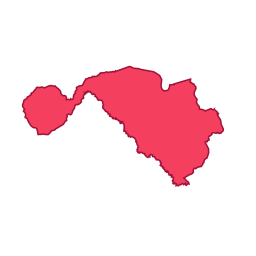 Chimichagua, Cesar, Colombia (orthographic projection), rotated 153°
{"feature_id": "7082276B32164017339198", "entity_name": "Chimichagua", "entity_type": "district", "adm_level": 2, "iso_a3": "COL", "parent_name": "Colombia", "parent_adm1": "Cesar", "projection": "orthographic", "projection_center": [-73.748, 9.238], "detail": "fine", "context": "isolated", "style": "filled", "palette": "rose", "viewbox_px": 256, "rotation_deg": 153, "n_neighbors": 0, "source": "geoboundaries", "source_scale": "gbopen_adm2", "svg_char_len": 5866}
<svg xmlns="http://www.w3.org/2000/svg" viewBox="0 0 256 256"><g transform="rotate(153 128 128)"><path d="M45.3,81.9L44.1,82.8L43.5,83.9L43.3,89.3L42.7,90.4L41.8,93.6L42.2,95.5L42.3,99.5L41.9,100.2L41.5,99.4L41.1,99.6L41.5,100.3L41.2,100.3L41.4,100.6L41.1,101.1L41.2,101.8L41.7,102.7L42.0,104.0L43.2,105.4L43.0,105.6L43.4,105.5L44.5,106.0L45.0,107.3L46.2,107.8L48.6,107.8L49.9,108.1L51.3,107.9L52.3,109.6L54.2,111.4L55.7,112.2L54.8,114.9L55.7,118.7L55.3,118.9L55.1,120.3L53.4,122.2L54.0,125.1L53.8,128.1L52.4,130.1L49.6,132.2L48.9,134.0L49.4,135.5L49.4,137.4L50.5,137.9L50.7,139.7L51.3,139.9L51.9,140.6L51.3,141.8L50.5,142.2L50.0,143.2L66.7,146.3L66.9,146.0L67.1,146.2L67.6,146.0L67.7,146.4L69.3,146.6L70.8,147.5L71.2,147.5L72.9,145.2L74.9,143.7L76.3,143.7L78.6,144.6L79.4,145.3L80.0,147.1L80.0,148.4L79.4,150.7L76.0,155.8L76.0,160.5L79.1,165.8L80.3,167.0L89.9,174.3L91.6,176.1L95.8,178.7L98.0,181.5L98.9,182.2L112.5,183.9L113.2,184.7L114.2,184.0L115.2,184.6L115.5,185.1L116.4,185.3L117.1,185.2L118.2,186.0L120.7,186.6L120.8,187.1L121.4,187.3L121.7,187.7L122.8,188.0L124.2,187.8L124.5,188.3L125.9,188.8L126.2,189.2L126.8,189.1L127.6,189.6L128.0,189.2L128.8,189.2L129.5,188.5L130.5,188.8L131.6,188.3L132.7,188.4L134.1,188.9L134.6,189.4L135.4,189.4L136.3,190.1L137.7,189.5L139.3,190.3L140.5,190.5L142.0,190.4L143.3,190.9L149.2,186.8L150.9,187.0L152.6,187.7L154.1,187.5L155.3,187.6L155.8,187.2L156.3,185.4L157.5,185.0L158.9,184.1L159.1,182.9L160.5,182.6L161.3,182.1L162.5,180.7L162.9,179.7L164.1,178.7L164.9,178.8L165.8,179.5L165.8,179.9L166.5,179.4L166.8,179.4L167.9,180.6L170.2,181.1L170.1,181.6L169.1,182.7L168.9,184.5L169.5,185.5L170.8,186.0L171.8,187.3L172.1,189.5L171.5,190.9L171.6,192.3L172.4,195.1L173.3,196.4L173.7,198.4L174.8,198.8L175.2,199.3L175.8,199.2L176.8,200.6L179.7,201.5L184.1,201.6L185.8,203.4L188.0,204.2L189.0,204.3L189.5,205.1L191.2,205.6L192.5,204.5L194.3,204.1L196.1,203.0L198.6,202.9L198.9,201.7L200.6,201.6L202.0,201.2L203.5,201.4L204.9,200.2L207.6,200.1L208.3,199.8L208.8,198.9L209.5,198.4L209.7,198.0L211.5,196.4L212.0,195.2L211.9,192.4L211.5,191.8L211.8,191.3L212.8,191.1L213.5,190.4L212.9,188.2L212.9,187.1L213.5,185.6L214.6,184.7L214.9,184.0L213.6,182.4L213.9,178.5L213.5,174.6L213.1,173.1L212.1,171.2L210.3,170.2L209.6,169.0L210.3,165.3L210.7,164.7L211.1,163.0L207.3,161.3L206.1,161.1L205.0,160.0L202.2,158.4L199.1,159.2L197.8,160.2L194.1,159.5L193.0,160.0L183.9,160.6L181.0,162.4L179.3,162.4L178.3,164.8L176.9,165.8L176.7,166.7L176.3,167.3L174.8,167.3L173.8,166.8L173.3,165.9L172.0,166.0L169.6,168.1L169.4,168.7L167.8,169.2L166.5,170.2L164.8,172.2L163.6,172.5L163.2,172.0L162.5,172.0L162.1,171.5L161.5,171.7L160.8,171.5L158.4,172.0L157.4,172.8L157.4,173.6L156.7,174.5L155.9,174.8L154.7,174.6L154.8,174.9L153.7,175.2L153.5,176.5L152.4,177.5L151.3,177.5L151.2,178.0L150.8,178.1L150.7,178.8L150.4,178.3L150.2,178.6L149.9,178.5L149.5,178.9L149.2,178.7L148.7,179.2L148.4,179.0L148.5,178.3L147.9,178.8L147.6,178.7L147.1,179.1L146.9,178.4L146.4,178.5L146.3,178.1L145.9,178.3L145.5,178.0L145.1,177.3L145.4,176.9L144.8,176.1L144.9,175.1L144.3,174.0L143.3,174.1L143.3,173.6L142.9,173.6L142.5,173.1L142.3,172.1L143.1,171.2L142.1,170.1L142.1,169.2L141.7,168.5L142.2,167.8L141.8,166.1L140.4,165.8L139.0,164.5L138.6,163.3L139.8,159.5L139.6,159.3L140.7,158.7L141.4,156.9L141.0,156.2L140.6,154.2L140.2,153.9L140.5,153.1L139.5,152.0L139.4,151.6L139.1,151.5L139.3,151.3L139.0,150.2L139.3,149.4L138.4,149.3L138.0,148.4L137.9,147.8L138.9,147.4L138.9,146.7L137.2,145.1L137.0,144.3L137.3,143.7L136.6,143.3L137.6,142.7L136.8,143.0L136.1,142.8L135.3,141.9L134.8,142.1L134.6,142.6L134.3,142.6L134.1,141.3L134.6,141.0L133.4,140.0L132.9,138.4L132.4,138.4L132.2,137.3L130.7,136.5L132.6,136.4L132.9,136.1L132.8,135.6L132.4,135.3L131.2,135.3L129.9,134.1L130.5,131.1L131.1,130.7L131.2,129.5L132.0,129.0L133.1,127.1L132.9,126.7L131.9,126.5L131.6,126.1L131.4,125.2L132.2,124.7L132.0,123.6L131.4,123.4L130.7,122.8L131.3,121.4L131.5,120.3L131.3,120.0L130.3,120.1L129.8,118.6L128.6,118.8L127.5,117.4L127.0,116.1L126.5,115.6L126.5,114.9L126.6,112.4L127.2,112.3L127.0,110.8L127.5,108.7L127.0,106.9L128.7,105.8L128.9,104.7L129.8,104.6L129.9,103.7L130.4,103.1L130.2,102.0L129.7,102.1L129.5,101.9L130.2,101.4L130.0,101.1L129.4,101.1L128.8,100.3L127.5,100.6L127.1,100.1L126.6,99.9L126.5,99.1L125.8,98.1L124.9,97.8L124.8,97.2L125.1,96.7L125.1,96.0L124.7,95.4L124.8,94.5L123.5,92.6L122.5,92.6L122.0,92.9L121.6,92.5L121.3,93.7L121.0,93.4L120.3,94.0L119.6,93.7L119.0,93.8L118.6,93.3L119.0,91.3L117.3,90.4L117.5,88.8L117.1,88.1L117.3,86.9L115.9,86.2L114.4,84.6L114.4,83.5L114.8,83.1L114.7,82.2L114.3,82.1L114.3,81.8L114.8,81.0L115.7,80.7L116.2,80.1L115.5,79.6L115.7,79.0L115.5,78.3L114.4,77.7L115.1,76.6L114.2,76.0L114.7,74.8L114.1,74.1L114.5,72.4L113.4,72.3L113.7,71.5L113.6,71.2L112.6,71.9L112.1,71.4L112.0,70.8L112.7,70.3L112.3,69.2L112.7,67.6L111.7,67.4L111.9,66.5L110.3,66.2L111.4,64.7L110.4,64.8L110.5,63.8L110.0,63.0L111.2,61.9L111.2,61.0L112.5,60.7L112.5,59.9L112.0,58.8L113.1,58.1L112.4,57.2L111.3,57.7L111.0,56.8L110.2,56.3L111.4,54.8L110.3,54.6L109.2,53.5L107.8,54.3L106.9,53.5L104.7,54.0L104.2,52.3L101.8,52.7L101.8,52.1L102.5,51.1L102.2,50.5L99.9,51.1L99.0,50.4L98.7,52.2L99.9,54.8L100.3,56.9L100.7,57.2L101.0,58.1L93.9,58.5L93.4,58.2L91.4,58.2L90.8,58.7L89.9,58.7L89.6,59.9L89.0,60.5L89.0,60.9L87.4,62.0L86.9,61.9L86.1,61.0L84.6,61.4L83.4,61.2L82.7,61.4L81.7,60.8L80.8,60.9L80.5,60.5L80.1,60.4L79.7,60.9L78.0,61.5L77.4,62.7L76.3,62.6L74.6,64.7L73.1,65.3L71.3,65.4L67.5,69.1L66.8,70.4L66.5,71.5L65.7,72.4L65.7,80.4L64.5,80.5L63.7,79.9L63.5,80.6L61.7,80.4L61.0,80.6L60.9,82.2L60.6,82.5L60.5,83.1L60.0,83.5L58.9,84.0L58.5,83.7L57.2,83.9L56.4,84.5L56.1,84.3L55.5,85.2L54.5,85.2L53.6,84.8L52.2,83.5L51.4,83.2L50.5,83.6L50.2,83.3L50.3,82.9L49.5,82.4L49.2,81.7L48.3,81.5L48.1,81.8L47.4,81.3L46.2,81.9L45.3,81.9Z" fill="#f43f5e" stroke="#9f1239" stroke-width="1.5"/></g></svg>